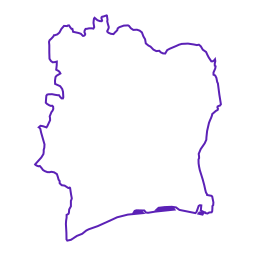 map outline of Ivory Coast (Natural Earth projection)
{"feature_id": "CIV", "entity_name": "Ivory Coast", "entity_type": "country or territory", "adm_level": 0, "iso_a3": "CIV", "parent_name": "Africa", "parent_adm1": "", "projection": "natural_earth1", "projection_center": [-5.78, 7.538], "detail": "fine", "context": "isolated", "style": "outline", "palette": "violet", "viewbox_px": 256, "rotation_deg": 0, "n_neighbors": 0, "source": "natural_earth", "source_scale": "50m", "svg_char_len": 3370}
<svg xmlns="http://www.w3.org/2000/svg" viewBox="0 0 256 256"><path d="M54.0,35.2L54.9,35.2L57.3,34.4L59.4,32.6L61.4,28.9L64.0,25.9L67.1,26.1L67.9,25.5L69.0,25.4L70.3,27.4L71.5,28.9L72.4,28.9L73.1,31.8L78.6,33.0L80.9,33.8L82.9,35.9L83.6,35.9L84.4,35.5L85.1,34.7L85.2,33.9L84.4,32.1L84.7,30.4L85.6,28.9L87.0,28.8L89.2,28.3L91.6,28.3L93.4,28.6L94.2,27.1L93.5,22.9L93.7,20.5L94.0,18.6L94.6,17.8L97.4,20.2L99.8,21.1L101.6,21.2L102.1,20.7L101.4,18.0L101.6,17.2L102.2,16.7L103.4,16.5L106.6,15.4L106.9,15.6L107.5,19.8L107.2,21.2L107.9,24.1L108.7,26.8L108.7,27.9L108.0,29.6L107.2,31.1L107.3,31.7L108.5,32.8L110.9,33.8L113.5,34.1L114.9,32.5L116.3,31.2L117.3,30.1L117.7,28.4L119.3,27.2L123.8,25.6L128.0,25.4L129.0,25.9L130.9,28.3L133.3,29.9L136.9,29.7L139.6,30.6L141.9,32.4L143.4,36.4L145.1,39.3L145.8,43.4L148.5,45.6L150.5,46.6L153.4,49.6L156.3,51.1L159.3,50.8L160.7,52.3L163.0,53.4L165.2,53.5L167.2,50.1L169.8,48.7L176.4,45.9L179.0,44.7L181.7,43.9L188.0,43.6L194.0,44.5L196.9,45.1L198.9,44.7L200.8,46.3L202.8,49.7L204.4,50.8L206.1,52.0L207.3,54.7L208.7,57.4L209.5,58.6L211.3,61.3L212.8,61.3L214.3,60.2L215.0,59.3L215.3,61.1L214.7,63.9L214.8,65.7L215.6,66.3L215.2,68.6L213.5,72.5L213.5,74.7L215.2,75.5L216.4,77.9L217.2,82.0L217.9,83.4L218.0,84.2L219.3,94.3L220.9,104.3L219.9,105.6L218.5,106.0L217.6,106.5L217.4,107.4L218.0,108.8L217.6,110.0L215.9,110.9L212.2,114.1L212.0,115.4L211.0,118.1L210.2,119.8L209.0,122.8L207.1,131.0L206.4,137.7L206.3,139.8L205.6,141.3L204.7,143.3L200.7,149.1L198.7,153.9L199.0,155.9L199.1,158.0L198.5,159.5L198.6,163.5L199.1,166.8L199.8,170.1L202.7,179.4L204.2,185.0L205.2,189.5L206.0,192.6L206.8,193.8L207.1,195.0L211.4,195.8L212.2,196.5L213.4,202.4L213.2,205.1L212.4,206.1L212.4,208.4L212.2,211.2L211.6,212.3L209.2,212.5L207.5,213.5L205.4,213.1L205.2,212.4L204.0,212.1L200.8,210.5L201.3,205.4L199.9,205.2L198.7,205.9L196.5,212.0L195.4,213.1L179.4,209.9L176.0,207.4L171.8,206.8L164.6,207.1L158.6,207.8L156.9,209.4L172.0,208.5L173.6,208.7L174.3,209.6L155.3,211.6L148.0,212.8L145.9,212.5L144.3,210.5L136.4,210.3L134.7,210.9L133.8,212.4L136.9,212.1L141.8,212.0L143.1,213.1L127.8,214.6L117.1,217.3L112.6,219.4L97.8,226.1L88.7,229.3L86.3,230.5L82.2,233.8L76.9,235.9L71.0,239.8L67.3,240.6L66.5,239.4L66.4,232.8L65.9,224.0L66.1,220.7L66.6,217.5L66.6,214.9L68.4,213.9L68.9,212.8L69.2,209.4L70.9,206.3L70.9,200.8L71.4,199.7L71.8,198.3L71.1,194.7L70.1,188.0L69.7,187.6L69.3,187.8L68.3,188.0L64.6,185.6L61.7,185.2L59.7,183.3L59.6,181.0L58.6,179.7L57.9,177.1L56.9,174.1L54.1,172.3L51.4,171.8L49.5,172.2L47.3,172.1L44.8,171.1L43.0,170.0L41.4,167.8L39.8,166.0L38.6,166.3L37.1,165.8L35.6,165.0L35.1,164.4L41.3,157.5L43.4,154.1L43.7,152.0L43.7,149.9L44.3,147.7L44.5,144.4L41.1,132.5L40.3,128.8L39.4,127.7L38.8,127.3L40.5,125.8L42.9,126.2L46.5,127.4L47.3,126.2L50.1,120.2L50.0,117.9L49.7,116.4L51.4,112.2L52.6,110.6L53.3,108.9L53.1,106.6L52.1,105.7L50.9,105.9L49.3,105.3L47.0,103.9L45.8,102.7L46.2,97.3L46.4,95.6L47.2,94.6L48.5,94.3L52.1,94.2L55.1,94.8L57.6,95.2L59.0,95.2L60.1,96.8L61.6,98.4L62.9,98.4L63.3,97.2L63.0,91.8L62.2,89.0L60.2,86.2L55.1,83.9L55.0,80.6L55.5,77.1L56.6,75.7L60.4,73.5L59.8,72.3L58.6,71.0L56.2,69.7L56.7,65.4L56.8,61.6L54.8,62.1L52.7,62.3L51.0,61.1L49.5,58.8L49.3,52.5L49.3,45.2L49.0,41.9L49.6,40.2L51.4,38.6L53.3,36.5L54.0,35.2ZM203.3,213.2L202.5,214.6L198.5,213.7L199.4,212.5L203.3,213.2Z" fill="none" stroke="#5b21b6" stroke-width="2"/></svg>